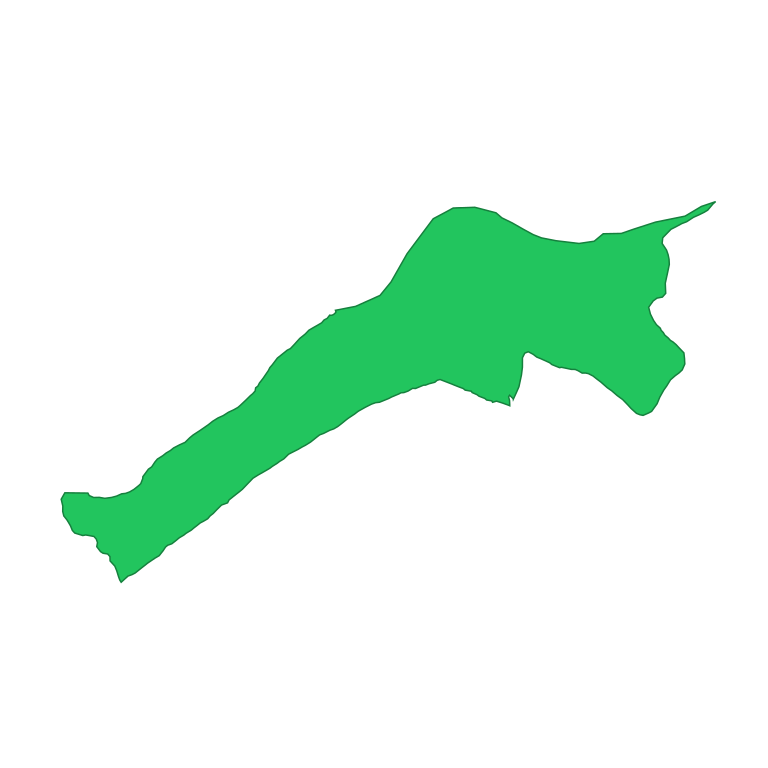 the district of Ibi, Taraba, Nigeria, rotated 193°
{"feature_id": "59680162B80393484388201", "entity_name": "Ibi", "entity_type": "district", "adm_level": 2, "iso_a3": "NGA", "parent_name": "Nigeria", "parent_adm1": "Taraba", "projection": "robinson", "projection_center": [9.855, 8.395], "detail": "fine", "context": "isolated", "style": "filled", "palette": "green", "viewbox_px": 768, "rotation_deg": 193, "n_neighbors": 0, "source": "geoboundaries", "source_scale": "gbopen_adm2", "svg_char_len": 4317}
<svg xmlns="http://www.w3.org/2000/svg" viewBox="0 0 768 768"><g transform="rotate(193 384 384)"><path d="M595.5,131.7L590.5,138.9L590.2,139.3L586.6,141.6L583.9,143.9L578.6,150.6L575.9,153.9L574.2,156.1L568.0,162.8L564.4,166.2L563.2,168.8L561.8,171.7L560.3,175.7L560.2,176.0L558.4,178.3L557.1,179.1L554.8,180.6L552.1,183.9L550.4,186.1L549.6,187.2L548.6,188.4L545.1,191.7L543.3,194.0L538.8,198.4L537.1,200.7L534.4,204.0L531.8,207.3L529.1,209.6L525.5,213.0L523.8,216.3L521.2,219.6L518.6,224.0L515.1,229.5L509.7,233.0L508.9,236.2L506.2,239.6L505.0,241.2L504.8,241.3L503.6,242.9L500.9,246.2L498.3,249.6L495.7,254.0L490.5,262.7L486.0,267.2L479.8,272.9L476.2,276.3L474.4,278.5L470.0,283.0L468.2,285.2L466.7,286.6L464.7,288.6L461.2,294.1L458.5,296.4L453.1,300.9L449.5,304.3L446.8,306.6L442.4,311.0L439.7,314.4L437.1,317.7L435.3,319.9L435.2,320.0L431.7,322.3L426.3,326.8L423.6,328.5L422.7,329.1L419.2,332.5L416.5,335.8L413.0,340.3L411.2,342.5L405.9,348.1L403.2,351.4L402.4,352.2L398.1,356.1L397.0,357.1L391.6,361.6L388.0,363.9L384.3,365.2L381.3,367.3L376.2,370.9L373.5,373.2L371.5,374.6L371.4,374.7L367.1,377.8L365.6,379.2L362.7,380.1L359.0,382.5L355.2,386.2L352.3,386.7L345.3,391.7L343.2,392.3L340.1,394.4L334.9,397.1L333.0,399.6L330.4,401.0L317.8,399.2L315.0,398.7L314.1,398.6L312.4,398.3L308.8,397.8L305.7,397.4L303.6,396.3L301.5,396.4L297.3,396.6L296.2,395.5L290.9,394.5L288.8,393.5L282.5,392.6L280.4,391.5L275.2,391.8L274.1,390.6L270.5,392.6L264.2,392.1L257.6,391.3L256.6,391.1L256.9,392.4L258.0,396.3L259.7,399.5L259.1,401.3L256.9,400.0L254.8,398.7L254.6,398.2L253.1,405.3L251.9,411.7L252.0,417.4L252.1,423.7L252.9,431.5L255.0,440.7L253.8,445.7L250.7,447.9L245.7,446.6L241.2,444.6L236.8,443.9L227.4,442.0L224.8,440.7L220.4,440.0L216.6,439.4L214.8,440.2L210.4,440.3L204.7,440.4L201.0,441.2L197.8,440.6L193.4,439.2L190.3,440.0L187.2,440.1L182.1,438.8L177.7,436.7L173.2,434.7L165.6,430.6L160.6,428.6L154.2,425.2L147.9,422.5L141.6,418.4L137.7,415.7L131.4,412.2L127.6,411.6L124.5,411.7L119.5,415.4L117.1,417.5L115.3,421.8L113.5,426.1L112.3,433.2L110.0,441.1L108.2,445.4L105.8,452.5L102.1,457.6L99.0,461.2L96.6,464.8L95.4,471.2L96.3,474.2L96.8,476.1L98.8,481.8L102.3,484.1L105.2,486.0L108.1,488.0L111.9,490.0L114.7,490.9L117.6,492.9L121.4,494.8L123.3,496.8L126.2,498.8L126.4,499.2L127.3,500.5L128.5,501.2L131.8,503.0L135.6,506.5L140.1,512.0L143.4,518.3L140.4,525.5L137.3,529.1L132.3,531.3L129.9,535.7L132.6,545.5L132.7,553.3L132.7,554.7L132.9,564.7L134.3,569.6L136.2,573.8L138.8,578.0L144.6,583.5L145.3,589.2L139.2,599.3L134.9,602.9L129.9,607.3L125.6,610.2L120.0,616.0L115.1,619.7L110.7,623.3L107.7,626.2L104.0,633.4L101.9,636.3L114.7,628.4L128.4,615.3L136.1,611.8L155.9,602.8L175.6,591.0L186.6,584.1L204.2,579.7L211.3,570.4L225.6,564.8L248.7,562.3L263.4,561.8L272.2,563.1L282.3,565.9L295.3,569.8L306.5,572.4L313.4,576.0L330.5,576.5L335.3,576.6L346.4,573.6L350.8,572.5L356.2,571.0L357.9,569.5L359.1,568.4L364.8,563.4L373.2,556.1L381.8,536.6L390.8,516.2L400.1,485.0L407.8,469.4L411.4,466.7L415.8,463.3L418.9,461.0L429.2,453.2L433.3,451.4L446.3,445.6L447.9,444.9L447.1,443.6L447.1,442.8L448.5,440.7L449.7,439.6L450.3,439.3L451.5,438.9L452.4,438.9L454.1,435.2L456.8,432.9L458.5,429.6L462.1,426.2L465.7,422.9L469.3,419.5L471.9,415.1L473.6,412.9L476.3,409.5L480.6,401.8L483.2,397.4L485.9,395.2L487.6,393.0L493.7,385.3L497.2,377.5L498.9,374.3L499.7,371.0L501.4,366.7L503.1,362.3L505.6,356.9L506.4,353.6L508.2,351.4L508.0,348.2L509.8,344.9L511.5,342.7L515.0,337.2L519.4,330.6L521.1,328.3L524.7,325.0L526.9,323.3L529.2,321.5L533.6,317.0L538.1,313.6L542.6,309.1L546.1,304.7L553.2,296.9L554.2,295.9L558.6,291.3L561.2,287.9L564.7,282.4L569.2,279.0L574.6,274.4L577.2,271.1L580.8,267.7L583.4,264.4L587.9,259.9L589.6,256.6L591.7,251.0L594.4,248.0L598.1,239.5L597.8,237.5L598.6,232.2L599.6,230.6L600.5,229.4L604.0,225.0L607.6,221.6L611.2,219.3L614.9,218.0L619.4,214.6L623.9,212.2L630.3,209.8L635.9,209.5L641.4,208.1L646.1,209.0L648.0,211.1L670.5,206.2L672.6,199.1L669.5,192.8L668.4,187.6L666.3,183.4L662.5,180.4L660.5,178.4L657.6,175.3L654.7,171.2L651.8,169.2L643.4,168.6L640.7,169.8L637.0,170.0L632.3,170.2L629.5,168.2L627.5,165.1L627.3,160.9L622.5,156.9L619.7,155.9L615.0,156.2L612.2,154.2L611.1,150.0L608.2,148.0L605.3,146.0L602.4,141.9L599.4,136.7L597.4,133.6L595.5,131.7Z" fill="#22c55e" stroke="#15803d" stroke-width="1.5"/></g></svg>